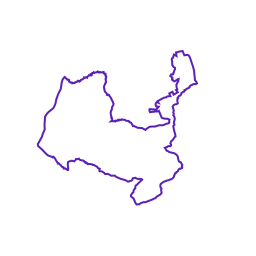 the district of Risaralda, Caldas, Colombia, rotated 152°
{"feature_id": "7082276B60229328321476", "entity_name": "Risaralda", "entity_type": "district", "adm_level": 2, "iso_a3": "COL", "parent_name": "Colombia", "parent_adm1": "Caldas", "projection": "mercator", "projection_center": [-75.767, 5.114], "detail": "fine", "context": "isolated", "style": "outline", "palette": "violet", "viewbox_px": 256, "rotation_deg": 152, "n_neighbors": 0, "source": "geoboundaries", "source_scale": "gbopen_adm2", "svg_char_len": 5858}
<svg xmlns="http://www.w3.org/2000/svg" viewBox="0 0 256 256"><g transform="rotate(152 128 128)"><path d="M79.4,121.9L78.5,126.0L76.9,126.8L75.6,126.8L73.7,126.2L72.5,126.4L71.7,128.9L70.7,130.5L70.0,130.6L70.0,131.2L69.7,131.3L69.6,131.6L67.8,132.4L67.0,132.1L66.3,132.2L65.2,132.8L64.1,134.0L61.2,133.8L60.8,134.1L60.4,135.0L60.0,134.9L59.5,134.5L57.9,135.1L57.4,135.1L56.6,134.8L55.6,135.0L55.2,134.9L55.1,135.2L54.3,135.2L53.5,136.0L52.2,136.2L51.3,135.9L50.8,136.1L48.9,135.8L47.6,134.9L46.1,135.1L46.0,136.6L46.4,138.8L42.7,147.8L41.8,151.6L40.3,160.9L40.2,162.5L40.5,164.0L40.9,164.6L44.1,165.7L43.7,170.4L46.9,171.4L50.1,172.1L51.4,168.8L52.9,171.3L54.8,169.5L55.0,169.0L55.6,168.8L56.1,168.9L57.2,168.1L57.9,165.7L59.3,163.0L59.1,160.4L58.2,159.0L58.4,158.7L59.0,157.8L60.4,156.8L61.1,155.9L62.0,155.5L62.3,154.6L63.4,154.2L64.6,155.1L66.2,154.1L65.2,151.7L65.8,151.2L65.6,150.3L66.4,149.9L65.9,148.6L65.0,147.3L61.6,147.7L60.3,147.5L61.9,145.4L62.4,145.5L63.9,144.2L65.1,143.4L65.4,142.4L66.1,140.8L66.4,138.8L67.8,139.0L67.3,136.2L72.1,136.0L71.7,139.1L75.3,139.2L75.6,136.2L78.0,137.3L78.7,137.4L79.9,137.1L81.7,137.8L82.9,137.9L89.4,137.8L89.3,136.0L90.3,137.2L91.1,137.1L92.0,136.6L92.6,135.9L93.0,133.9L90.9,132.4L91.8,131.9L92.5,132.0L94.2,130.8L99.8,134.4L100.4,134.4L101.1,132.3L101.1,131.6L98.1,130.5L97.6,130.1L96.5,130.1L95.2,129.2L93.4,128.5L92.7,128.6L93.4,121.3L92.8,120.4L91.4,119.2L90.4,118.5L88.7,117.6L87.5,115.9L88.0,115.6L88.6,114.1L89.0,113.8L89.0,113.4L90.1,113.1L92.4,113.8L94.2,113.8L96.1,114.2L96.8,114.4L98.4,115.5L101.4,116.3L103.2,116.5L106.4,118.2L108.4,118.9L112.2,118.6L113.5,118.1L115.5,121.2L119.4,123.7L121.6,126.7L122.7,127.3L122.5,127.9L122.7,128.8L122.8,131.3L123.7,132.1L123.7,132.9L124.2,133.2L124.2,134.0L125.9,135.0L126.4,135.5L126.7,136.5L127.1,136.8L128.6,137.6L129.3,138.6L129.7,138.7L130.5,138.3L131.8,139.5L132.2,139.5L132.6,139.1L133.0,139.8L133.7,139.3L134.6,139.6L135.0,140.2L135.7,139.9L136.1,140.2L136.3,139.9L137.1,140.7L138.2,141.0L138.6,141.5L139.8,141.9L139.5,142.0L138.7,141.9L137.6,143.6L137.6,143.9L138.0,144.4L137.7,144.8L137.8,145.2L137.3,145.5L137.2,146.9L136.3,149.4L134.9,151.2L133.8,151.7L132.2,154.0L129.9,155.4L129.4,156.1L129.3,157.7L129.0,158.9L129.2,160.0L128.9,162.1L129.3,164.9L129.2,166.2L129.5,166.6L130.6,166.6L131.1,167.2L130.8,167.6L130.6,168.3L130.8,169.7L131.1,170.2L131.3,171.4L130.7,173.0L130.8,173.6L130.4,174.0L130.0,175.6L129.1,176.5L127.6,177.5L127.1,178.2L125.9,178.6L125.6,179.9L124.9,181.0L124.9,181.7L124.4,182.0L124.2,182.5L123.2,183.2L123.1,183.6L123.4,184.5L123.3,184.8L122.8,185.0L123.0,186.1L122.5,186.6L123.8,187.6L123.8,188.0L123.3,188.9L125.2,189.5L125.8,189.8L126.4,190.6L127.1,190.3L127.9,191.0L127.7,191.3L128.3,192.2L129.6,191.9L131.2,192.5L131.7,192.4L132.1,193.3L132.8,192.9L133.3,193.3L133.5,193.2L134.0,193.3L134.3,193.0L135.3,193.1L135.2,192.8L134.7,192.3L135.3,191.6L136.0,191.7L136.5,192.3L137.2,192.3L137.7,192.9L138.1,192.6L139.9,192.4L140.5,191.6L141.3,192.6L142.4,192.5L143.0,193.3L143.8,192.6L144.5,192.6L144.9,192.3L145.3,192.3L146.9,192.6L147.9,191.9L149.1,191.7L149.3,191.8L149.1,192.6L149.8,193.2L151.7,192.8L152.9,193.2L154.0,192.8L155.4,193.5L156.3,193.6L156.2,194.6L157.4,195.1L157.8,196.2L158.3,196.7L158.1,197.3L157.6,197.7L157.5,198.2L157.8,198.6L158.9,199.1L158.9,200.0L159.4,200.5L159.5,201.6L160.0,202.8L162.2,201.9L163.3,201.2L165.2,199.2L168.9,194.2L169.9,193.3L172.0,192.0L174.3,190.2L178.1,186.7L180.5,183.7L182.4,182.1L184.5,180.7L185.6,180.3L186.7,180.2L190.6,179.4L192.8,178.7L196.0,176.9L200.5,169.5L202.1,165.9L206.7,162.2L207.9,160.8L215.2,156.1L215.8,154.3L213.7,148.5L212.8,144.9L211.7,141.6L208.7,138.2L208.3,137.4L207.5,137.7L206.9,136.3L206.7,135.0L206.8,133.9L206.5,129.4L205.9,129.5L205.3,128.2L205.0,126.6L204.6,126.2L204.7,125.3L204.5,124.8L204.3,124.3L203.4,123.7L203.8,122.4L202.9,122.1L202.7,121.7L202.1,121.6L201.3,119.4L200.7,119.1L200.4,119.2L199.7,120.5L198.6,123.5L197.1,126.0L196.4,126.2L193.2,125.6L192.2,124.8L191.2,123.8L189.4,124.3L188.6,125.0L186.7,124.0L185.7,123.9L185.7,123.1L185.2,122.3L184.0,121.0L183.3,120.8L182.4,119.6L181.7,118.2L182.2,118.1L181.6,116.8L181.1,116.7L181.1,116.9L180.8,116.6L180.3,115.3L180.5,115.0L178.8,114.2L176.9,113.0L176.5,111.9L175.6,111.5L173.5,108.3L173.5,107.3L173.4,106.9L172.4,105.7L172.1,105.1L173.0,104.6L173.4,103.2L171.4,101.9L170.1,99.6L170.0,98.6L169.6,97.9L167.7,97.2L166.7,96.2L165.3,93.8L162.0,92.1L161.4,90.5L158.6,86.8L154.6,83.0L153.4,80.8L152.7,80.4L152.2,80.3L151.6,80.5L150.1,79.9L148.7,80.1L147.5,81.4L146.7,81.0L145.0,80.7L144.2,79.4L143.1,78.3L141.3,77.4L139.9,76.4L139.7,75.9L140.3,75.6L143.5,74.8L147.0,73.6L148.1,73.6L148.6,73.3L149.8,71.5L150.1,71.2L151.6,70.8L152.1,70.5L153.5,68.6L154.3,68.7L157.0,67.3L157.4,66.0L157.3,65.5L156.3,63.6L156.2,62.6L156.4,61.9L156.3,61.5L156.6,58.4L156.4,56.6L156.2,56.3L155.0,56.0L153.9,55.3L151.8,55.7L148.7,55.1L147.2,54.2L145.0,54.1L144.7,53.9L143.8,54.0L142.5,53.7L140.0,53.4L138.5,53.5L137.1,53.2L136.4,53.2L134.9,53.9L130.7,54.1L128.8,54.9L127.8,57.8L126.9,58.8L127.2,60.1L126.5,62.0L125.7,63.0L125.1,63.3L124.8,63.2L123.6,63.6L121.3,63.7L117.7,63.2L116.4,62.7L115.2,62.8L113.7,62.5L112.5,62.5L110.4,63.3L109.9,64.0L109.2,64.4L109.0,64.8L108.4,65.2L107.9,65.9L107.0,65.7L106.3,65.9L106.1,66.3L104.2,66.4L103.8,67.0L102.8,67.6L101.9,67.8L101.3,67.8L100.7,67.3L100.3,67.5L98.9,67.3L98.7,67.5L98.5,68.9L97.4,69.7L97.6,71.7L97.4,72.7L98.7,74.4L98.7,75.1L97.4,80.0L97.7,81.5L98.9,83.9L102.9,87.4L103.7,89.0L104.5,89.8L104.7,93.2L104.0,93.0L103.1,93.1L102.1,92.8L101.1,93.1L99.0,92.1L98.6,92.2L98.0,92.5L97.8,92.9L97.8,94.5L96.1,96.1L95.3,96.1L93.6,96.7L91.0,98.1L90.1,98.1L89.3,100.1L88.6,103.7L87.2,108.4L85.5,109.0L84.9,111.4L84.4,112.1L83.7,112.5L82.4,114.1L81.8,116.1L82.0,118.1L81.1,118.8L80.8,119.3L80.7,120.7L80.2,121.0L79.4,121.9Z" fill="none" stroke="#5b21b6" stroke-width="2"/></g></svg>